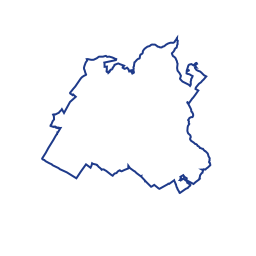 Epureni, Vaslui, Romania, rotated 160°
{"feature_id": "2599482B68083638568596", "entity_name": "Epureni", "entity_type": "district", "adm_level": 2, "iso_a3": "ROU", "parent_name": "Romania", "parent_adm1": "Vaslui", "projection": "mercator", "projection_center": [27.894, 46.246], "detail": "fine", "context": "isolated", "style": "outline", "palette": "blue", "viewbox_px": 256, "rotation_deg": 160, "n_neighbors": 0, "source": "geoboundaries", "source_scale": "gbopen_adm2", "svg_char_len": 5720}
<svg xmlns="http://www.w3.org/2000/svg" viewBox="0 0 256 256"><g transform="rotate(160 128 128)"><path d="M193.7,98.4L187.2,103.2L179.9,108.2L176.8,103.5L175.2,105.1L173.8,107.1L173.3,106.4L170.7,104.7L170.3,104.4L170.0,103.8L169.7,103.8L168.8,101.3L168.2,100.5L167.2,98.5L167.1,98.0L166.7,98.2L166.3,97.8L165.3,97.5L164.9,97.3L164.4,96.6L163.2,95.2L159.5,89.3L158.7,88.4L157.3,89.3L156.0,89.8L154.3,89.6L153.8,89.8L153.0,90.4L151.4,91.0L150.5,90.8L150.1,91.0L149.6,90.1L148.8,89.5L145.5,89.8L141.5,89.9L141.3,90.0L141.1,91.2L140.6,92.4L140.0,90.1L139.7,89.4L137.2,85.7L136.5,85.0L135.4,82.7L132.4,78.1L131.9,78.2L132.0,78.0L132.0,77.4L129.9,72.5L130.0,72.3L129.9,72.3L126.4,64.9L125.2,65.0L122.8,65.6L120.7,62.1L119.8,60.6L119.2,60.1L109.7,61.6L109.1,61.9L108.4,61.4L102.5,63.1L102.6,62.1L102.4,61.1L102.4,58.8L102.2,58.6L102.4,57.5L102.5,55.6L102.3,55.1L102.4,54.8L102.2,54.3L102.4,53.3L102.1,52.5L102.0,51.6L101.8,51.2L101.8,50.7L101.6,50.1L101.8,49.8L101.7,49.4L101.5,49.2L94.4,51.1L92.3,51.2L90.9,52.1L89.3,52.6L88.9,53.0L88.8,53.4L89.0,53.6L91.1,56.4L90.4,57.2L92.0,59.4L93.2,61.6L94.7,61.1L94.9,61.3L96.4,60.7L96.6,61.1L97.0,61.3L96.6,61.5L96.4,61.8L96.4,61.7L96.1,61.7L95.9,62.0L95.1,62.2L95.4,64.2L92.2,64.8L92.1,64.3L91.9,64.0L92.0,63.2L90.0,60.7L90.2,60.2L91.5,59.6L85.6,53.0L82.9,54.1L78.8,55.3L78.0,55.7L78.3,56.1L78.2,56.3L77.6,56.8L76.4,58.9L74.2,60.4L73.3,60.5L72.6,61.7L72.1,62.1L71.9,62.7L72.7,63.6L71.8,63.3L70.8,63.3L69.7,62.5L69.4,62.5L68.3,63.1L66.7,63.5L63.4,64.9L63.1,65.9L63.2,66.4L63.0,67.1L63.3,67.4L63.5,68.3L62.9,69.1L62.5,69.4L62.1,70.7L61.7,71.3L61.6,71.9L62.0,73.7L61.8,76.4L61.9,77.0L63.2,79.8L63.6,80.0L64.3,81.3L64.7,82.8L65.4,83.1L66.6,84.3L67.3,84.7L67.3,85.4L68.0,86.8L68.5,87.1L68.8,87.6L68.8,88.5L69.4,89.5L70.3,90.0L71.2,91.8L73.1,94.4L73.5,96.0L73.1,97.1L72.4,97.6L72.0,98.6L72.0,99.9L73.3,102.4L73.3,103.9L73.2,105.0L71.8,108.1L71.0,109.4L69.1,110.8L69.0,111.1L69.2,111.4L69.2,111.7L68.9,112.7L68.5,113.3L68.5,114.0L68.8,114.8L68.5,115.2L67.7,115.6L66.8,116.4L65.0,116.6L63.7,116.2L62.6,117.2L62.2,118.3L62.1,119.2L62.3,120.2L62.2,120.8L62.7,121.4L62.8,122.2L62.4,123.4L62.4,124.6L63.1,130.1L63.5,131.0L63.4,131.6L63.9,132.4L63.4,132.1L62.3,130.4L57.4,133.8L56.6,134.1L53.4,136.2L49.1,139.2L51.2,141.6L50.4,142.8L46.2,145.3L43.7,146.0L42.2,146.9L40.3,147.7L36.8,149.7L38.6,151.7L39.6,153.9L40.0,154.8L40.9,156.4L42.4,157.6L43.8,159.1L44.2,160.3L44.5,161.4L44.4,162.1L43.8,162.6L43.6,162.7L43.3,162.4L43.5,163.1L43.3,163.5L42.5,164.5L41.2,164.7L41.4,165.7L41.7,165.8L42.4,165.7L45.0,164.4L46.6,166.4L48.7,166.6L49.6,166.3L50.1,165.8L52.7,162.4L51.2,161.7L51.1,161.3L51.2,161.2L52.6,161.1L53.3,161.5L54.3,159.3L53.9,159.0L53.7,158.6L51.8,157.4L51.0,156.3L49.5,154.7L50.3,153.7L51.9,152.4L52.4,151.2L53.4,149.9L53.6,148.7L53.8,148.4L54.1,147.5L54.5,146.9L55.3,146.3L55.6,147.0L56.1,147.9L60.9,153.0L62.2,155.9L62.2,156.6L60.8,158.4L60.4,159.0L60.8,161.9L61.8,164.9L61.7,165.6L61.4,167.3L61.2,167.9L59.4,171.5L59.5,172.5L59.2,174.2L59.4,175.7L59.4,177.2L59.9,178.5L60.6,179.6L60.9,179.8L61.2,180.5L61.3,182.4L61.2,183.2L59.3,184.1L58.4,184.7L57.7,185.3L57.4,185.6L57.3,186.0L56.1,186.7L54.9,186.9L54.6,187.2L53.5,189.1L52.7,189.8L52.1,191.8L51.4,192.8L51.4,193.1L51.9,194.0L51.4,195.2L51.1,195.9L51.4,195.7L52.3,194.7L54.0,193.7L54.7,193.0L55.5,192.7L56.3,192.6L59.0,193.6L61.3,193.7L63.8,193.3L65.0,192.8L66.6,192.4L67.6,192.6L68.8,192.2L70.5,192.9L71.2,193.7L72.4,194.4L72.5,194.9L73.1,195.6L73.4,196.2L73.9,196.9L74.3,197.2L76.9,198.2L77.9,198.2L79.7,197.6L81.9,197.8L84.7,197.0L86.0,196.4L87.3,195.5L87.8,195.0L88.4,193.7L89.0,193.1L90.0,192.8L90.9,192.8L91.3,192.6L91.5,192.2L91.8,192.0L92.1,191.6L93.0,189.8L93.5,189.4L94.7,189.5L95.5,189.3L96.6,188.9L98.7,187.7L99.5,187.5L99.9,186.6L100.3,186.0L101.3,184.0L102.1,183.3L102.4,181.7L103.2,180.5L103.2,179.4L103.5,178.1L103.8,177.9L105.3,177.7L105.5,179.6L105.3,179.8L104.4,180.0L104.4,180.7L104.5,181.0L105.6,181.2L106.0,181.2L106.0,180.4L106.4,180.4L106.5,180.7L107.5,180.7L107.5,183.3L107.7,183.9L108.0,184.0L108.3,185.0L110.0,184.7L111.1,184.8L112.3,186.4L111.6,186.8L111.8,187.2L110.4,187.9L113.7,190.7L115.1,192.0L119.0,192.0L119.1,191.6L122.0,189.6L122.1,189.2L122.3,189.0L123.4,188.5L124.3,188.7L125.4,187.8L125.4,188.1L126.2,187.6L127.0,186.8L127.7,186.5L127.7,187.0L127.4,187.1L127.4,187.7L128.4,187.8L128.7,188.0L128.8,188.4L128.7,188.8L127.7,190.6L127.5,191.6L126.8,192.9L129.1,193.5L128.0,196.7L127.9,197.6L116.6,196.0L116.0,196.0L115.9,196.1L115.5,196.8L116.5,197.5L117.3,198.4L118.7,199.7L121.2,201.5L123.3,202.0L124.1,203.3L124.5,203.4L127.1,203.6L130.7,204.9L131.2,204.9L133.5,204.2L136.8,203.9L137.4,204.0L139.5,204.8L142.2,206.5L143.2,206.8L143.2,205.7L143.4,205.3L145.1,204.2L145.6,203.7L147.8,201.1L148.8,199.6L149.1,198.4L149.0,197.2L149.2,194.5L149.1,192.5L149.3,192.3L151.5,192.1L153.6,191.6L155.3,190.8L163.4,185.0L166.1,183.5L170.2,181.0L170.5,180.7L170.3,179.8L169.5,178.9L168.9,177.9L168.1,178.3L166.4,175.2L173.6,172.3L183.0,164.0L183.7,168.3L184.8,167.5L186.7,166.7L187.7,166.0L191.6,165.6L192.0,165.6L192.7,166.1L193.8,166.2L193.7,165.1L193.7,164.1L194.6,161.3L196.5,160.1L198.8,157.6L199.5,157.3L200.1,156.5L199.6,155.9L199.2,155.8L198.7,155.3L198.4,155.2L198.1,154.8L197.8,154.8L197.6,154.5L197.2,154.6L196.6,154.2L196.2,154.4L195.8,154.2L195.5,153.8L195.8,153.7L195.8,153.2L195.0,152.6L194.3,152.6L194.1,152.3L194.2,152.0L193.8,151.8L193.5,152.2L193.0,152.1L192.3,151.4L191.4,151.1L195.3,147.9L195.8,148.1L196.7,146.6L196.9,146.7L199.1,145.0L202.1,142.4L209.6,136.5L213.9,132.7L219.1,128.7L219.2,128.4L218.6,127.3L217.6,126.6L216.8,125.0L213.7,121.5L212.1,120.0L211.7,119.0L211.0,118.2L207.0,114.1L206.1,112.6L200.7,107.3L193.7,98.4Z" fill="none" stroke="#1e3a8a" stroke-width="2"/></g></svg>